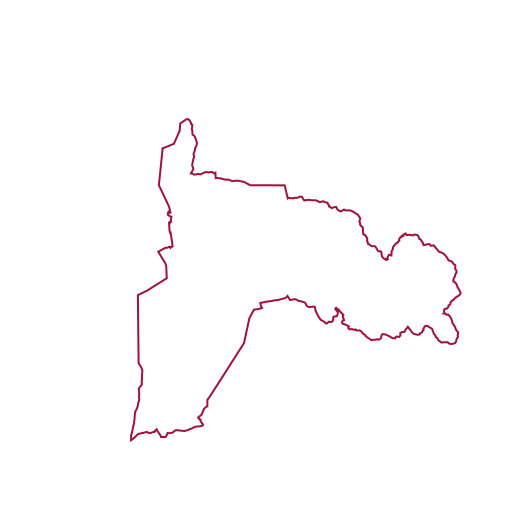 Piura, Piura, Peru, rotated 69°
{"feature_id": "86281439B64681536728505", "entity_name": "Piura", "entity_type": "district", "adm_level": 2, "iso_a3": "PER", "parent_name": "Peru", "parent_adm1": "Piura", "projection": "albers", "projection_center": [-80.324, -5.19], "detail": "fine", "context": "isolated", "style": "outline", "palette": "rose", "viewbox_px": 512, "rotation_deg": 69, "n_neighbors": 0, "source": "geoboundaries", "source_scale": "gbopen_adm2", "svg_char_len": 6085}
<svg xmlns="http://www.w3.org/2000/svg" viewBox="0 0 512 512"><g transform="rotate(69 256 256)"><path d="M344.4,76.4L343.3,74.7L342.8,74.5L341.3,74.1L339.5,74.7L336.2,73.3L335.5,73.4L334.9,74.1L333.7,74.7L331.8,74.9L331.0,75.5L329.7,77.2L328.7,77.9L326.1,78.1L325.0,78.6L323.6,78.9L322.8,79.4L320.9,80.1L319.1,81.7L317.8,83.5L309.7,86.3L309.1,89.2L307.7,89.4L306.8,90.4L306.5,91.1L306.5,92.8L306.2,93.6L306.1,95.4L305.4,95.8L303.5,95.4L301.1,96.2L299.6,96.3L298.7,97.4L295.7,97.3L294.1,98.0L292.7,100.5L293.1,102.0L291.1,105.3L290.4,108.1L288.6,108.2L288.8,110.5L289.3,110.7L289.4,111.4L289.8,111.0L290.0,111.1L289.7,113.1L290.6,113.5L290.3,114.4L291.0,115.7L291.8,116.4L293.1,116.7L293.5,118.2L294.2,118.7L294.3,120.6L295.0,121.5L295.1,122.2L296.2,123.7L296.2,124.1L297.3,125.2L298.7,125.9L300.3,127.8L304.0,129.4L302.5,131.4L304.8,134.1L306.1,134.1L306.0,134.5L306.5,135.1L306.4,135.9L305.5,135.9L305.2,136.6L304.3,137.4L302.1,138.5L299.2,138.2L297.7,137.6L296.4,137.8L296.0,138.9L294.9,140.3L290.7,141.0L289.6,141.5L289.2,142.0L288.5,144.0L288.0,144.7L285.5,146.3L284.7,147.1L283.2,146.7L281.8,146.9L279.6,145.9L277.8,146.0L275.1,146.9L274.6,147.9L274.3,148.0L271.1,147.4L270.0,146.7L268.5,146.5L267.6,146.0L265.7,147.1L263.8,147.6L262.3,146.9L261.4,147.2L260.9,147.1L258.3,145.2L253.9,146.1L248.5,150.2L246.9,152.3L245.5,156.2L244.1,157.2L244.5,158.7L244.5,159.7L244.8,160.3L244.5,161.2L243.3,162.4L241.6,163.3L240.0,163.4L238.9,163.7L238.4,165.9L238.4,168.3L236.4,169.4L235.9,170.1L234.9,169.6L233.7,170.2L231.8,170.2L230.9,171.8L228.9,173.8L228.6,177.3L227.1,178.4L225.1,180.7L224.5,182.8L222.3,186.9L222.2,188.4L221.7,189.2L221.5,191.0L216.9,192.1L216.3,194.3L216.5,196.5L215.5,199.0L215.6,200.6L215.0,201.4L214.1,203.8L213.5,204.2L213.1,205.0L213.4,205.7L200.3,203.9L187.9,236.0L182.6,240.6L180.1,244.4L178.8,246.8L177.6,251.4L174.7,254.4L173.7,257.4L171.2,260.7L169.5,263.8L168.8,265.7L163.8,264.1L164.0,264.9L163.8,265.8L162.3,266.4L161.7,267.1L161.2,268.6L161.2,269.9L160.2,271.5L159.5,273.4L159.9,278.7L158.5,280.7L158.4,283.0L157.5,285.1L156.7,285.6L155.6,287.2L152.5,283.4L151.0,283.1L149.5,283.3L147.8,282.8L142.4,279.3L140.9,278.0L138.4,277.8L135.2,275.0L133.5,274.3L132.8,273.2L131.2,271.7L129.0,270.5L122.9,270.3L122.1,270.4L120.3,271.5L119.0,271.6L116.9,270.7L114.0,270.3L113.2,269.6L110.6,268.4L109.5,269.3L108.2,269.0L105.2,269.5L103.9,270.4L103.4,271.8L105.1,279.2L111.6,282.3L121.8,292.4L122.1,302.9L121.9,304.5L155.1,321.3L178.8,319.5L184.9,320.3L184.5,322.0L183.6,322.1L184.0,322.6L184.7,322.8L185.7,323.6L187.0,323.0L187.4,322.3L188.9,321.7L189.1,321.0L192.4,322.8L193.6,323.0L193.3,324.4L194.5,324.8L194.2,325.4L201.2,327.6L203.4,327.9L203.4,327.4L204.8,327.6L214.4,329.7L217.2,330.5L217.2,332.2L217.8,332.9L216.3,333.5L216.5,335.6L215.9,337.8L217.0,345.7L230.1,343.3L233.1,343.4L244.8,347.3L249.3,370.2L250.2,380.3L314.0,404.0L319.0,403.0L322.5,403.2L326.6,405.3L330.4,406.7L333.0,408.1L334.7,408.3L335.4,409.1L337.2,412.3L337.9,413.1L340.8,413.7L344.2,415.0L345.7,415.9L347.5,416.1L348.5,416.6L350.9,418.5L353.8,420.2L356.2,422.3L357.6,424.1L359.2,425.3L365.3,428.1L366.6,429.1L368.6,429.7L369.9,430.9L377.3,435.7L378.1,436.6L383.2,438.7L382.3,435.1L380.1,430.4L380.0,428.8L380.4,426.9L380.4,425.4L380.9,424.5L380.8,423.3L381.2,420.9L382.9,419.4L383.5,418.1L383.5,415.0L383.9,413.9L383.5,413.2L382.7,412.7L382.8,411.6L382.3,410.8L383.9,410.8L389.6,409.4L391.0,409.5L392.6,405.3L391.3,403.6L389.6,402.0L390.4,400.4L391.0,396.8L390.4,395.6L389.9,393.8L390.6,391.6L393.8,385.4L393.7,384.7L394.2,382.3L393.8,379.6L394.1,378.0L393.7,375.8L393.8,373.0L395.0,369.1L395.1,366.4L394.2,365.9L390.4,366.9L389.6,366.9L389.1,366.4L387.3,367.7L386.0,367.9L384.6,363.6L380.0,359.4L378.8,355.9L378.9,355.3L372.8,352.9L371.1,350.1L361.9,337.5L333.0,298.4L311.6,284.4L305.3,277.1L306.4,272.9L306.7,269.0L304.5,269.3L301.4,268.8L302.6,261.5L303.6,257.9L303.9,255.2L305.0,251.1L305.8,243.3L304.6,240.9L309.3,240.0L310.1,235.4L311.2,233.9L313.3,232.2L314.6,229.8L315.8,228.6L316.4,227.6L317.6,226.7L320.1,226.7L322.1,225.5L322.8,224.5L323.9,220.2L324.6,219.3L328.2,220.0L334.5,219.5L337.0,218.9L339.1,218.2L342.3,215.5L343.1,215.5L344.3,214.5L344.4,213.8L343.4,211.7L344.4,210.0L344.6,208.8L344.4,207.9L342.4,206.4L341.8,206.3L340.6,205.5L340.5,204.5L341.2,202.4L341.0,201.9L339.7,200.7L337.9,199.7L334.2,200.9L333.2,200.4L333.1,199.7L335.3,198.9L335.4,198.0L336.8,197.9L342.3,195.5L343.2,196.5L344.2,196.8L346.1,196.6L347.5,196.9L347.3,198.1L347.7,198.2L348.0,199.0L349.6,199.6L350.7,199.0L351.5,197.6L352.8,196.7L353.2,196.0L355.0,194.5L356.2,195.7L358.0,195.0L358.6,192.5L359.2,192.2L359.4,191.5L360.5,190.2L360.3,189.3L361.2,188.9L362.0,188.1L362.5,186.1L363.6,185.0L367.6,183.5L369.1,182.2L370.2,182.3L370.9,181.9L376.1,178.3L376.0,177.5L377.0,174.1L377.1,172.8L377.8,172.1L378.1,170.3L377.4,168.6L376.2,168.0L374.8,166.9L374.3,165.8L375.8,163.1L378.9,160.1L381.4,158.2L382.1,157.1L382.7,155.6L381.7,154.6L381.6,153.5L382.9,151.3L381.9,149.7L379.7,148.9L379.3,147.0L380.1,144.8L378.7,143.0L378.0,142.4L377.3,140.7L376.5,139.7L377.4,139.2L379.0,139.0L380.0,138.4L382.5,138.0L385.4,136.5L387.3,133.6L387.9,131.8L387.8,131.2L387.2,130.9L386.5,127.8L385.6,127.3L385.1,126.1L384.2,126.1L383.1,124.6L382.1,123.8L382.1,122.2L382.9,120.9L387.0,117.8L387.8,117.6L389.1,117.9L390.5,117.7L392.5,117.9L394.4,117.0L396.1,117.3L397.7,116.1L399.5,116.0L401.2,115.3L401.9,114.5L403.3,113.9L403.9,111.2L404.8,109.4L405.1,108.0L406.6,107.3L407.5,106.5L408.4,104.5L408.6,101.6L407.9,100.2L404.9,98.0L404.1,96.5L402.3,96.1L399.7,94.5L398.9,95.0L397.9,95.2L396.7,95.7L393.2,95.6L392.0,96.1L391.1,96.0L388.6,96.7L387.2,96.2L384.6,96.2L380.9,96.9L379.5,97.7L379.2,99.2L377.9,99.6L377.0,101.2L376.9,100.7L376.4,100.4L374.6,100.2L373.1,98.9L373.4,97.3L373.3,96.3L372.7,94.9L371.1,93.9L371.1,92.9L370.4,91.7L368.7,90.7L368.4,89.6L367.7,88.8L368.0,87.8L366.7,85.6L366.6,84.6L365.9,83.5L366.0,81.9L364.9,79.0L363.7,78.2L359.0,78.6L357.6,79.1L355.1,78.8L352.7,79.3L351.9,79.9L351.1,80.0L350.5,80.9L349.4,80.5L348.1,79.6L345.9,77.2L344.4,76.4Z" fill="none" stroke="#9f1239" stroke-width="2"/></g></svg>